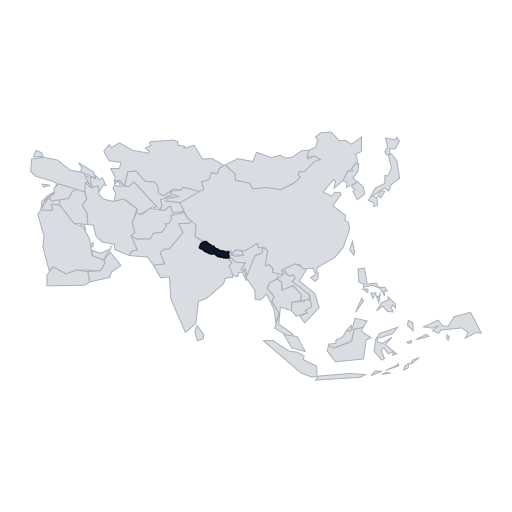 Nepal on a map of Asia (Albers equal-area conic projection)
{"feature_id": "NPL", "entity_name": "Nepal", "entity_type": "country or territory", "adm_level": 0, "iso_a3": "NPL", "parent_name": "Asia", "parent_adm1": "", "projection": "albers", "projection_center": [84.322, 28.374], "detail": "fine", "context": "in_parent", "style": "filled", "palette": "ink", "viewbox_px": 512, "rotation_deg": 0, "n_neighbors": 45, "source": "natural_earth", "source_scale": "50m", "svg_char_len": 15103}
<svg xmlns="http://www.w3.org/2000/svg" viewBox="0 0 512 512"><path d="M223.8,165.4L219.2,168.4L217.4,174.0L211.4,172.7L209.1,179.7L201.4,182.0L204.0,189.0L202.0,192.2L183.1,187.3L180.5,190.3L173.3,188.8L164.2,195.9L158.4,193.1L157.5,185.5L154.3,182.0L145.2,181.4L136.1,171.1L127.9,171.6L124.6,186.0L119.7,180.5L114.3,181.4L115.3,177.5L110.6,168.6L119.5,168.4L121.1,162.4L109.1,160.8L103.8,151.1L109.2,144.6L111.5,147.6L119.5,142.8L132.3,150.3L148.5,153.2L149.5,151.5L145.4,148.1L151.0,145.4L149.5,142.6L151.0,141.6L172.8,140.1L177.6,141.4L178.1,145.2L184.5,146.2L184.1,148.2L194.1,145.3L202.4,159.0L212.1,158.5L223.8,165.4Z" fill="#d9dde1" stroke="#a8b0b8" stroke-width="1"/><path d="M124.6,186.0L127.9,171.6L136.1,171.1L145.2,181.4L154.3,182.0L157.5,185.5L158.4,193.1L163.0,195.8L172.4,190.4L170.4,193.2L178.5,196.7L174.1,199.2L170.4,198.5L170.9,195.6L166.5,196.0L163.3,200.5L160.6,199.9L162.1,206.0L159.7,209.8L134.1,182.2L128.1,186.7L124.6,186.0Z" fill="#d9dde1" stroke="#a8b0b8" stroke-width="1"/><path d="M470.5,312.3L481.3,333.1L476.1,332.5L465.3,338.2L468.2,332.6L462.0,327.9L440.8,330.1L438.7,333.3L432.6,330.7L439.0,325.6L432.7,328.2L423.6,326.9L438.1,320.1L443.0,326.1L448.3,326.1L454.1,316.6L470.5,312.3ZM409.0,363.1L408.0,368.1L403.6,370.0L404.9,366.0L409.0,363.1ZM448.1,340.2L446.5,337.9L447.2,334.9L449.3,336.9L448.1,340.2ZM363.0,327.4L361.5,331.4L371.2,337.8L366.2,339.8L363.5,359.0L335.4,361.8L327.1,350.8L329.0,344.2L333.8,348.0L348.1,342.9L351.5,341.2L354.1,329.1L363.0,327.4ZM415.5,339.8L426.3,334.4L429.0,336.3L415.5,339.8ZM411.5,342.8L408.2,343.3L406.8,342.2L411.2,340.4L411.5,342.8ZM408.3,320.3L412.9,322.7L413.1,330.8L407.5,325.3L408.3,320.3ZM379.1,333.8L397.8,327.2L392.5,333.7L377.2,338.6L377.4,341.6L382.3,343.5L392.0,337.3L385.4,344.5L396.7,354.0L392.5,355.2L393.7,351.6L388.3,353.8L383.8,347.8L381.2,349.8L384.5,358.6L381.8,360.0L374.1,351.4L375.7,339.4L379.1,333.8ZM390.8,373.1L381.9,374.3L386.1,372.4L390.8,373.1ZM385.6,370.5L394.9,366.3L398.6,363.7L398.6,365.8L385.6,370.5ZM375.5,370.9L381.8,371.3L370.9,375.6L375.5,370.9ZM318.2,376.2L349.8,373.4L365.5,374.6L360.5,377.3L315.6,380.1L318.2,376.2ZM302.9,359.5L316.6,366.0L317.1,376.2L311.9,377.2L300.9,372.9L263.4,340.7L273.1,340.6L288.6,350.9L297.4,352.3L304.2,356.2L302.9,359.5Z" fill="#d9dde1" stroke="#a8b0b8" stroke-width="1"/><path d="M410.2,364.6L413.0,360.0L419.3,357.6L410.2,364.6Z" fill="#d9dde1" stroke="#a8b0b8" stroke-width="1"/><path d="M50.3,196.0L45.2,200.2L41.1,209.1L41.8,201.7L47.6,195.8L50.3,196.0Z" fill="#d9dde1" stroke="#a8b0b8" stroke-width="1"/><path d="M54.3,193.5L47.7,195.7L54.4,191.8L54.3,193.5Z" fill="#d9dde1" stroke="#a8b0b8" stroke-width="1"/><path d="M47.9,199.0L44.2,202.1L47.0,198.0L47.9,199.0Z" fill="#d9dde1" stroke="#a8b0b8" stroke-width="1"/><path d="M47.9,199.0L60.0,199.5L59.5,204.8L51.2,204.4L53.0,209.6L44.4,211.9L41.1,209.1L47.9,199.0Z" fill="#d9dde1" stroke="#a8b0b8" stroke-width="1"/><path d="M92.0,250.3L100.8,253.2L110.6,248.8L102.9,260.6L92.2,255.7L92.0,250.3Z" fill="#d9dde1" stroke="#a8b0b8" stroke-width="1"/><path d="M89.8,247.5L90.4,244.5L93.0,242.5L93.2,246.4L89.8,247.5Z" fill="#d9dde1" stroke="#a8b0b8" stroke-width="1"/><path d="M83.7,222.6L85.7,229.8L80.0,225.6L83.7,222.6Z" fill="#d9dde1" stroke="#a8b0b8" stroke-width="1"/><path d="M59.5,204.8L60.0,199.5L68.7,198.3L72.4,191.1L78.6,188.9L84.6,191.9L86.8,199.2L82.4,205.1L86.9,213.1L87.9,224.5L73.7,223.2L59.5,204.8Z" fill="#d9dde1" stroke="#a8b0b8" stroke-width="1"/><path d="M103.8,260.0L110.4,252.1L120.8,265.5L111.4,272.2L109.8,277.3L89.6,282.0L87.8,271.6L100.4,270.6L104.9,263.2L103.8,260.0ZM112.0,246.6L110.3,247.2L111.7,246.1L112.0,246.6Z" fill="#d9dde1" stroke="#a8b0b8" stroke-width="1"/><path d="M291.4,310.6L291.8,302.2L304.5,301.5L305.9,298.4L311.2,301.6L311.6,306.5L305.2,310.8L307.5,312.9L296.2,316.1L291.4,310.6Z" fill="#d9dde1" stroke="#a8b0b8" stroke-width="1"/><path d="M300.9,300.5L291.8,302.2L291.4,310.6L280.4,307.2L278.8,324.2L293.0,334.2L289.0,336.9L274.7,328.2L279.1,313.5L271.7,301.3L274.1,296.7L266.9,288.2L269.8,282.6L276.8,278.8L281.8,282.1L282.1,290.1L290.1,285.7L296.7,288.2L301.5,295.1L300.9,300.5Z" fill="#d9dde1" stroke="#a8b0b8" stroke-width="1"/><path d="M309.8,299.2L300.9,300.5L301.5,295.1L293.1,285.5L282.1,290.1L281.8,282.1L276.8,278.8L282.9,274.8L281.6,270.2L288.5,275.7L293.3,274.9L295.4,278.2L292.2,281.3L308.2,292.4L309.8,299.2Z" fill="#d9dde1" stroke="#a8b0b8" stroke-width="1"/><path d="M276.8,278.8L269.8,282.6L266.9,288.2L274.1,296.7L271.7,301.3L279.1,313.5L275.7,321.8L274.0,309.2L266.8,294.4L260.0,300.1L255.1,299.2L254.9,290.3L245.9,277.5L255.0,255.6L262.2,252.8L262.4,247.8L267.7,250.4L265.4,265.7L269.3,264.6L273.2,268.8L272.5,272.3L280.0,272.4L276.8,278.8Z" fill="#d9dde1" stroke="#a8b0b8" stroke-width="1"/><path d="M299.8,316.1L307.5,312.9L305.2,310.8L311.6,306.5L309.7,295.1L292.2,281.3L295.4,278.2L293.3,274.9L288.5,275.7L283.5,269.3L294.9,263.8L306.6,269.2L299.3,281.0L314.9,293.7L319.2,307.7L304.6,322.9L299.8,316.1Z" fill="#d9dde1" stroke="#a8b0b8" stroke-width="1"/><path d="M358.5,164.3L358.0,171.1L353.0,177.9L357.1,182.4L346.6,187.4L346.9,181.7L342.7,180.9L344.4,177.5L348.1,170.8L352.6,170.7L351.4,168.8L355.7,162.9L358.5,164.3Z" fill="#d9dde1" stroke="#a8b0b8" stroke-width="1"/><path d="M351.6,187.1L357.2,181.3L363.3,187.0L364.7,193.9L357.3,199.8L352.9,191.2L355.0,189.7L351.6,187.1Z" fill="#d9dde1" stroke="#a8b0b8" stroke-width="1"/><path d="M225.0,165.0L237.8,158.7L252.8,161.5L256.5,152.3L271.3,157.6L280.4,155.3L285.7,158.1L292.2,157.3L301.8,150.7L308.7,150.3L308.2,159.0L314.5,155.9L320.6,158.2L304.3,171.8L299.2,171.8L298.2,174.7L300.3,177.1L296.7,181.5L280.7,189.8L267.1,187.6L252.9,189.0L249.1,183.3L235.3,180.2L235.0,173.9L225.0,165.0Z" fill="#d9dde1" stroke="#a8b0b8" stroke-width="1"/><path d="M262.4,247.8L262.2,252.8L255.0,255.6L247.2,275.1L244.7,268.7L243.2,271.4L241.0,269.4L245.2,263.0L235.9,262.3L230.6,257.6L229.4,260.5L232.2,262.6L229.1,265.8L231.5,266.8L232.6,277.3L225.2,278.3L223.4,283.9L206.2,298.6L198.5,301.1L195.8,323.4L185.4,332.4L170.9,299.1L169.4,276.8L160.8,277.9L153.4,265.2L164.6,263.8L160.1,252.5L164.7,248.7L168.9,249.4L183.0,232.5L178.4,223.6L189.3,223.1L192.8,219.8L196.2,224.8L195.1,236.4L203.3,242.2L199.5,247.9L211.1,254.1L228.8,257.8L231.0,250.8L231.6,254.9L235.0,256.3L243.4,255.4L242.0,251.6L257.5,243.3L258.4,247.6L262.4,247.8Z" fill="#d9dde1" stroke="#a8b0b8" stroke-width="1"/><path d="M244.7,268.7L246.4,280.8L242.2,272.4L238.6,272.4L238.0,276.5L233.1,275.8L229.1,265.8L232.2,262.6L229.4,260.5L230.6,257.6L235.9,262.3L245.2,263.0L241.0,269.4L243.2,271.4L244.7,268.7Z" fill="#d9dde1" stroke="#a8b0b8" stroke-width="1"/><path d="M242.0,251.6L243.4,255.4L231.6,254.9L235.7,249.7L242.0,251.6Z" fill="#d9dde1" stroke="#a8b0b8" stroke-width="1"/><path d="M192.8,219.8L189.3,223.1L178.4,223.6L183.0,232.5L168.9,249.4L164.7,248.7L160.1,252.5L164.6,263.8L153.4,265.2L147.7,257.2L129.3,255.5L131.6,251.0L137.3,249.9L130.8,235.7L136.4,238.9L150.3,238.8L153.3,233.3L162.0,232.0L172.8,214.0L184.1,212.5L187.3,217.8L192.8,219.8Z" fill="#d9dde1" stroke="#a8b0b8" stroke-width="1"/><path d="M149.5,208.4L164.3,210.4L170.2,205.6L172.9,213.1L177.9,210.5L184.1,212.5L170.7,215.6L171.4,219.5L168.4,224.0L165.2,223.5L166.2,226.4L162.0,232.0L153.3,233.3L150.3,238.8L136.4,238.9L130.8,235.7L134.8,232.6L132.2,222.6L136.6,212.2L142.4,214.3L149.5,208.4Z" fill="#d9dde1" stroke="#a8b0b8" stroke-width="1"/><path d="M159.7,209.8L162.1,206.0L160.6,199.9L170.9,195.6L171.7,198.6L166.3,200.9L180.0,202.7L183.6,211.3L172.9,213.1L170.2,205.6L164.3,210.4L159.7,209.8Z" fill="#d9dde1" stroke="#a8b0b8" stroke-width="1"/><path d="M172.4,190.4L180.5,190.3L183.1,187.3L202.0,192.2L180.0,202.7L166.3,200.9L166.9,198.6L178.5,196.7L170.4,193.2L172.4,190.4Z" fill="#d9dde1" stroke="#a8b0b8" stroke-width="1"/><path d="M114.3,181.4L119.7,180.5L122.9,185.8L128.1,186.7L134.1,182.2L155.9,205.8L155.5,208.3L153.1,206.7L139.8,214.4L136.6,212.2L137.0,208.8L125.9,200.0L114.0,200.6L115.7,193.6L113.0,188.4L114.6,185.3L120.4,186.4L118.4,181.0L114.6,184.2L114.3,181.4Z" fill="#d9dde1" stroke="#a8b0b8" stroke-width="1"/><path d="M87.9,224.5L86.9,213.1L82.4,205.1L86.8,199.2L83.9,188.2L85.5,182.5L90.9,187.3L98.0,185.9L99.2,194.8L103.7,199.2L113.5,201.4L123.6,199.1L137.0,208.8L132.2,222.6L134.8,232.6L130.8,235.7L137.3,249.9L131.6,251.0L129.3,255.5L114.8,249.6L114.4,244.3L101.7,241.9L95.8,235.7L93.5,225.2L87.9,224.5Z" fill="#d9dde1" stroke="#a8b0b8" stroke-width="1"/><path d="M49.0,198.0L54.3,193.5L54.0,188.0L58.8,183.8L77.0,189.0L72.4,191.1L68.7,198.3L52.0,201.1L49.0,198.0Z" fill="#d9dde1" stroke="#a8b0b8" stroke-width="1"/><path d="M92.1,187.5L85.2,178.8L86.1,175.6L91.8,178.7L92.1,187.5Z" fill="#d9dde1" stroke="#a8b0b8" stroke-width="1"/><path d="M84.6,191.9L58.8,183.8L55.4,186.8L56.8,183.6L52.5,181.2L36.0,176.5L30.7,171.5L31.6,159.1L43.7,157.2L57.5,160.1L70.1,170.2L83.8,172.6L88.0,182.1L85.5,182.5L84.6,191.9ZM35.9,150.5L41.6,152.6L43.2,156.6L33.5,156.9L35.9,150.5Z" fill="#d9dde1" stroke="#a8b0b8" stroke-width="1"/><path d="M203.8,334.8L203.1,338.9L197.3,340.7L194.8,331.9L197.0,325.5L203.8,334.8Z" fill="#d9dde1" stroke="#a8b0b8" stroke-width="1"/><path d="M314.9,281.5L310.6,277.5L318.3,272.9L317.8,278.9L314.9,281.5ZM180.0,202.7L204.0,189.0L201.4,182.0L209.1,179.7L211.4,172.7L217.4,174.0L219.2,168.4L225.0,165.0L235.0,173.9L235.3,180.2L249.1,183.3L252.9,189.0L267.1,187.6L280.7,189.8L293.4,183.6L300.3,177.1L298.2,174.7L299.2,171.8L304.3,171.8L314.2,161.6L320.7,159.6L314.5,155.9L307.0,157.7L308.7,150.3L315.8,147.2L317.8,139.5L315.4,137.2L320.3,133.0L330.9,131.9L339.5,140.8L344.7,140.1L351.5,144.2L361.5,137.0L361.4,151.3L355.7,154.4L358.5,164.3L355.7,162.9L351.4,168.8L352.6,170.7L348.1,170.8L342.7,180.9L334.1,188.1L335.6,181.1L333.4,179.6L323.1,192.1L331.9,196.3L334.6,192.4L340.0,192.4L341.2,194.3L332.7,205.7L345.8,215.5L344.9,220.3L348.8,222.7L349.5,229.5L343.2,247.4L335.0,257.3L317.1,267.6L316.8,272.1L314.7,272.8L313.6,268.4L302.5,268.9L300.6,265.1L294.9,263.8L281.6,270.2L282.9,274.8L272.5,272.3L273.2,268.8L269.3,264.6L265.4,265.7L267.7,250.4L264.5,247.3L258.4,247.6L257.5,243.3L244.9,250.9L235.7,249.7L231.5,254.1L231.0,250.8L220.4,250.6L195.1,236.4L196.2,224.8L187.3,217.8L180.0,202.7Z" fill="#d9dde1" stroke="#a8b0b8" stroke-width="1"/><path d="M352.5,241.3L354.5,251.6L353.9,255.3L349.6,249.8L352.5,241.3Z" fill="#d9dde1" stroke="#a8b0b8" stroke-width="1"/><path d="M95.7,175.5L99.1,179.6L102.3,177.8L106.1,185.5L103.4,185.0L99.1,191.6L98.0,185.9L92.1,187.5L90.8,182.2L90.5,176.4L95.0,178.7L95.7,175.5ZM90.9,187.3L89.0,186.1L88.0,182.1L90.6,184.0L90.9,187.3Z" fill="#d9dde1" stroke="#a8b0b8" stroke-width="1"/><path d="M78.5,162.7L93.7,172.1L95.5,178.4L80.6,171.7L81.8,167.4L78.5,162.7Z" fill="#d9dde1" stroke="#a8b0b8" stroke-width="1"/><path d="M367.8,292.7L362.6,289.0L367.9,289.1L367.8,292.7ZM378.8,302.5L376.3,295.6L378.6,297.4L380.4,292.7L378.8,302.5ZM387.7,296.4L395.7,304.3L395.5,308.1L392.6,304.9L391.4,307.5L393.1,311.9L387.4,311.4L382.8,306.1L376.6,310.8L381.2,303.1L388.9,299.2L387.7,296.4ZM363.4,301.0L355.5,312.3L361.8,298.1L363.4,301.0ZM364.6,268.1L367.1,284.0L376.5,283.2L378.7,287.8L372.8,285.4L363.3,287.2L364.0,284.1L358.7,282.0L358.1,269.0L364.6,268.1ZM373.0,298.5L370.7,293.1L376.1,292.7L373.0,298.5ZM384.8,287.2L387.4,291.0L384.0,291.1L384.7,295.8L379.4,287.4L384.8,287.2Z" fill="#d9dde1" stroke="#a8b0b8" stroke-width="1"/><path d="M284.0,334.6L297.0,336.4L305.2,351.5L291.7,347.9L284.0,334.6ZM363.0,327.4L354.1,329.1L351.5,341.2L333.8,348.0L330.3,346.6L329.0,344.2L335.8,343.3L336.0,340.0L342.8,336.8L346.7,330.2L351.9,329.7L355.1,318.3L367.1,321.0L363.0,327.4Z" fill="#d9dde1" stroke="#a8b0b8" stroke-width="1"/><path d="M351.2,325.3L351.9,329.7L349.2,331.6L346.7,330.2L351.2,325.3Z" fill="#d9dde1" stroke="#a8b0b8" stroke-width="1"/><path d="M396.9,161.0L399.6,178.2L391.1,184.8L388.6,191.1L384.5,187.9L372.6,196.1L377.0,197.6L377.6,205.0L373.9,206.6L373.3,202.8L368.4,200.4L375.3,188.1L384.8,183.5L384.9,175.4L387.8,176.2L391.4,168.2L388.6,156.0L391.3,153.8L396.9,161.0ZM395.6,139.9L396.7,137.3L399.5,140.9L395.3,148.9L389.6,148.8L390.1,153.5L386.9,155.2L384.8,151.8L387.7,146.6L385.4,138.2L395.6,139.9ZM377.7,195.9L381.1,190.4L384.8,191.3L381.0,197.9L377.7,195.9Z" fill="#d9dde1" stroke="#a8b0b8" stroke-width="1"/><path d="M87.8,271.6L89.6,282.0L84.8,285.2L46.9,285.9L47.0,274.9L53.2,266.8L66.2,273.9L76.3,269.9L87.8,271.6Z" fill="#d9dde1" stroke="#a8b0b8" stroke-width="1"/><path d="M41.0,209.7L50.5,210.8L53.0,209.6L51.2,204.4L59.5,204.8L73.7,223.2L83.0,227.0L89.6,239.1L92.2,255.7L103.8,260.0L104.9,263.2L100.4,270.6L76.3,269.9L66.2,273.9L53.2,266.8L49.2,270.8L42.8,246.7L44.1,236.5L37.8,214.2L41.0,209.7Z" fill="#d9dde1" stroke="#a8b0b8" stroke-width="1"/><path d="M50.2,185.2L43.4,187.1L42.0,184.1L50.2,185.2Z" fill="#d9dde1" stroke="#a8b0b8" stroke-width="1"/><path d="M228.8,251.8L228.9,252.1L228.9,252.3L228.8,252.7L228.7,253.1L228.5,253.7L228.4,254.9L228.4,255.1L228.9,255.7L229.1,256.2L229.1,256.5L229.0,257.1L228.8,257.8L228.7,257.9L228.5,258.0L228.0,257.8L227.6,257.8L227.2,258.0L226.7,257.9L226.4,257.9L225.9,258.1L225.5,258.0L225.2,257.9L225.0,257.4L224.9,257.4L223.9,257.9L223.7,257.9L223.1,257.6L222.6,257.4L222.0,257.2L221.6,257.2L221.1,257.0L220.6,257.2L220.3,257.2L220.1,257.1L220.0,256.8L220.0,256.5L219.8,256.3L219.5,256.3L219.1,256.4L218.5,256.7L218.3,256.6L218.1,256.6L217.9,256.3L217.8,256.2L217.7,256.2L217.1,255.9L216.2,255.5L216.1,255.2L216.1,254.8L216.0,254.6L215.9,254.4L215.5,254.2L214.5,253.8L214.0,253.6L213.8,253.7L213.3,253.8L213.0,254.0L212.7,254.0L212.0,253.7L211.6,253.7L211.4,253.8L211.1,254.1L210.8,253.9L210.2,253.8L209.7,253.6L209.0,253.4L208.9,253.1L208.8,252.8L208.6,252.7L208.0,252.8L207.4,252.4L206.7,252.0L206.5,251.8L206.3,251.7L206.1,251.8L205.8,251.9L205.4,251.7L205.0,251.4L204.5,251.1L203.8,250.6L203.6,250.3L203.5,250.1L203.3,249.9L202.8,249.6L202.4,249.3L201.8,249.0L201.7,249.0L201.5,248.8L201.2,248.6L200.9,248.6L200.6,248.7L200.3,248.5L199.9,248.2L199.7,248.0L199.4,247.7L199.5,247.1L199.6,246.6L199.8,246.5L200.0,246.2L200.1,245.7L200.1,245.3L200.4,244.7L200.7,244.0L201.3,243.4L201.5,243.1L201.8,243.0L202.3,242.5L202.4,242.4L202.6,242.3L202.8,242.2L203.0,242.3L203.1,242.6L203.3,242.8L203.5,242.8L203.8,242.6L204.4,241.6L205.3,241.4L206.0,241.6L206.7,241.7L206.9,242.1L207.0,242.4L207.1,242.6L207.3,242.8L208.3,243.3L208.8,243.8L209.6,244.4L210.1,244.7L210.6,244.7L210.9,245.0L211.4,245.5L211.7,246.0L212.2,246.5L212.5,246.5L212.9,246.4L213.5,246.1L213.8,246.3L214.1,246.4L214.2,246.7L214.3,247.2L214.5,247.7L214.8,247.9L215.2,248.1L215.4,248.3L216.1,248.7L216.2,248.9L216.3,249.0L216.5,249.1L216.8,249.2L217.6,248.9L217.8,249.0L217.8,249.4L217.7,249.9L217.8,250.1L218.1,250.2L218.8,250.3L219.8,250.3L220.1,250.5L220.4,250.9L220.7,251.5L220.9,251.7L221.0,251.8L221.3,251.7L221.3,251.4L221.3,251.1L221.5,250.9L221.7,251.0L221.8,251.3L222.2,251.6L222.5,251.7L222.8,251.6L223.0,251.0L223.3,251.0L223.5,251.0L223.8,251.3L224.1,251.4L224.4,251.5L224.8,251.7L225.2,252.0L225.8,252.1L226.4,252.0L226.7,252.0L227.0,252.1L227.9,251.7L228.1,251.7L228.5,251.7L228.8,251.8Z" fill="#0f172a" stroke="#020617" stroke-width="1.5"/></svg>